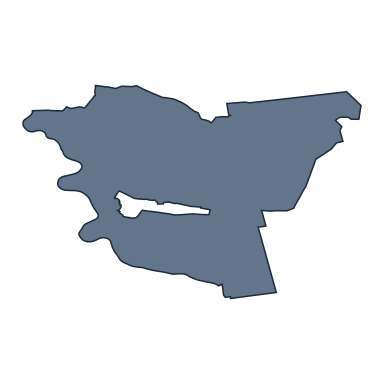 Piltenes pag., Ventspils, Latvia
{"feature_id": "27541924B30234976546427", "entity_name": "Piltenes pag.", "entity_type": "district", "adm_level": 2, "iso_a3": "LVA", "parent_name": "Latvia", "parent_adm1": "Ventspils", "projection": "natural_earth1", "projection_center": [21.694, 57.236], "detail": "fine", "context": "isolated", "style": "filled", "palette": "slate", "viewbox_px": 384, "rotation_deg": 0, "n_neighbors": 0, "source": "geoboundaries", "source_scale": "gbopen_adm2", "svg_char_len": 5698}
<svg xmlns="http://www.w3.org/2000/svg" viewBox="0 0 384 384"><path d="M197.8,280.0L205.5,281.7L208.3,282.3L211.0,282.7L214.2,283.5L215.1,283.8L215.9,284.1L217.5,285.0L218.6,285.8L219.2,285.7L219.8,285.4L219.7,285.0L220.5,284.8L221.1,284.4L222.2,284.3L222.2,286.2L222.7,286.7L222.7,288.2L222.9,288.8L223.4,294.1L223.6,294.9L223.9,295.5L225.3,297.3L230.5,296.7L230.5,298.5L249.2,296.0L276.3,292.5L275.3,288.9L262.4,242.4L260.6,236.0L259.5,232.3L258.8,229.4L258.1,227.2L265.9,226.1L262.5,213.5L261.8,210.7L261.6,210.4L265.1,210.8L270.0,211.1L275.5,210.8L286.4,210.8L287.5,210.6L289.9,209.7L293.9,208.1L294.3,206.8L296.3,203.1L299.1,198.3L303.0,191.1L302.9,191.1L305.8,186.6L315.9,159.2L326.8,152.1L331.3,149.1L336.4,143.0L342.9,141.3L339.9,130.7L341.8,126.6L336.4,121.3L336.1,121.1L335.5,120.4L338.1,118.3L340.6,117.1L348.8,117.4L350.9,119.2L358.4,119.3L358.5,119.1L359.0,119.0L359.4,115.5L361.0,105.6L360.5,105.0L346.5,91.6L346.2,91.8L342.6,92.2L280.1,99.4L249.6,102.8L245.0,102.1L226.8,103.5L228.5,113.6L228.6,113.9L228.9,114.3L230.3,115.6L228.3,115.9L227.7,117.0L225.2,116.7L222.7,116.9L222.6,116.6L217.0,117.2L216.8,117.2L216.6,117.2L215.9,117.2L213.8,120.1L213.5,120.4L211.3,122.9L208.8,121.2L208.7,121.0L208.0,120.8L207.5,120.8L206.3,120.2L204.5,119.8L203.2,119.6L201.5,119.2L200.6,117.9L200.2,117.4L198.3,113.1L198.2,113.0L196.9,112.2L196.2,112.0L194.3,111.3L193.0,110.3L190.4,108.5L189.0,107.4L187.2,105.8L181.8,102.5L180.1,101.7L179.6,101.6L175.1,99.5L173.1,98.9L165.9,97.7L162.4,97.4L155.2,94.3L154.8,94.2L152.3,93.2L146.6,90.6L143.2,89.1L136.7,85.7L132.1,86.6L121.6,86.2L115.7,88.5L111.2,87.6L110.4,87.4L109.4,87.2L108.5,87.0L107.5,86.9L105.5,86.9L104.4,86.6L95.5,85.5L95.5,86.7L95.4,88.1L95.0,90.6L94.8,91.7L95.4,95.6L94.9,95.6L94.4,95.9L94.1,96.1L93.0,97.9L84.8,107.9L79.9,106.9L79.7,106.8L74.5,107.9L71.0,108.5L66.5,106.9L63.7,110.0L62.4,110.9L49.6,110.5L49.0,110.2L32.4,110.7L32.5,111.5L32.2,113.0L31.7,113.9L31.2,114.6L29.6,116.1L27.3,117.9L24.4,120.0L23.7,120.7L23.2,122.0L23.0,123.9L23.1,124.5L23.4,125.8L23.6,126.3L24.4,127.6L26.2,129.4L27.1,130.2L28.0,130.8L29.2,131.3L30.3,131.6L31.8,131.8L32.6,131.7L33.7,131.6L35.8,131.0L36.7,130.8L38.5,130.6L39.9,130.5L40.5,130.6L42.0,130.9L43.4,131.7L44.2,132.2L45.0,133.0L45.4,133.5L45.8,134.5L46.2,136.0L46.5,136.4L46.7,136.7L48.0,137.9L48.6,138.2L49.2,138.4L52.9,139.0L53.8,139.3L54.6,139.6L57.1,141.4L58.1,142.5L58.8,143.5L59.8,145.4L60.4,146.8L61.2,149.3L61.6,149.9L62.1,150.4L62.8,151.5L63.1,152.1L63.5,153.6L63.8,154.2L64.7,155.5L65.3,156.3L67.2,157.7L68.1,158.2L69.4,158.8L72.2,159.8L76.3,161.0L77.5,161.5L79.1,162.3L80.0,162.8L80.7,163.5L81.1,164.0L81.4,164.7L81.8,165.7L82.0,166.4L81.9,167.0L81.7,168.0L80.8,169.4L79.7,170.8L78.3,172.0L77.4,172.5L76.6,172.9L74.7,173.7L71.7,174.6L66.9,175.6L64.6,176.2L63.7,176.4L62.8,176.6L61.3,177.3L60.6,177.7L59.5,178.7L58.7,179.7L58.5,180.2L58.3,180.8L57.9,182.2L57.7,183.4L57.9,184.8L58.1,185.6L58.4,186.2L58.8,186.8L59.3,187.4L59.9,188.0L61.9,189.2L64.6,190.1L65.8,190.3L71.4,190.5L72.7,190.5L73.9,190.5L77.2,190.9L79.7,191.4L80.8,191.7L84.1,193.5L84.7,193.9L86.3,195.3L87.1,195.9L88.3,197.3L89.7,199.4L90.2,200.5L91.6,203.7L92.5,205.5L94.4,208.7L97.3,212.9L98.0,214.4L98.2,215.1L98.3,215.8L98.2,216.5L98.1,217.1L97.7,217.8L97.1,218.3L95.7,219.2L93.2,220.4L86.3,223.6L85.5,224.1L84.6,224.7L83.8,225.5L83.4,226.1L82.3,227.9L81.2,229.8L80.2,231.1L79.3,232.7L79.0,233.1L78.9,233.7L78.9,234.3L79.4,235.6L79.8,236.4L80.8,237.8L82.4,239.6L83.2,240.2L83.9,240.6L85.8,241.3L87.0,241.6L88.1,241.7L89.5,241.8L90.9,241.7L92.5,241.4L93.3,241.2L95.2,240.5L99.5,238.4L100.5,238.1L101.7,237.8L103.0,237.7L104.6,237.8L106.2,238.1L107.3,238.4L108.2,238.9L109.1,239.6L109.9,240.4L110.3,240.9L110.7,242.0L112.4,247.3L113.8,250.2L114.3,251.2L115.5,253.0L117.1,255.1L119.3,258.5L120.1,259.7L121.0,260.6L121.6,261.1L123.4,262.4L126.8,263.8L130.3,265.5L132.5,266.2L133.5,266.4L135.8,266.8L138.4,267.2L142.0,267.5L143.1,267.7L146.0,268.7L147.4,269.0L154.2,270.6L163.1,272.0L165.7,272.5L169.7,273.5L173.1,274.1L173.9,274.1L177.0,273.9L179.6,273.8L182.2,273.8L183.6,273.9L184.2,274.1L185.5,274.4L186.9,275.0L187.5,275.3L189.5,276.6L190.4,277.1L193.1,278.1L195.1,279.1L196.3,279.5L197.8,280.0ZM177.3,214.9L174.2,214.9L170.5,214.1L168.7,213.8L151.4,211.4L147.9,211.1L142.6,210.3L142.1,210.4L141.9,210.7L138.4,215.2L137.4,216.5L136.8,217.1L136.3,217.5L135.0,217.9L133.3,218.1L132.0,218.1L123.4,216.6L123.0,215.4L121.8,214.4L119.9,213.0L119.6,212.7L119.3,212.3L119.2,212.0L119.2,211.9L119.8,211.6L119.2,211.0L117.8,210.4L118.6,210.2L119.2,209.8L119.4,209.7L119.8,209.0L120.0,208.9L120.2,208.5L120.3,208.1L120.5,208.0L120.8,207.7L120.9,207.3L121.1,206.6L121.1,206.4L121.1,205.9L121.1,205.6L121.2,205.4L121.1,205.1L120.6,205.0L120.5,204.9L120.2,204.8L119.9,204.9L119.7,204.6L119.8,204.3L119.7,204.2L120.0,203.7L120.0,203.4L119.7,203.0L119.1,202.8L119.1,202.6L119.3,202.4L119.2,202.3L119.4,202.2L119.5,201.9L119.3,201.5L119.6,201.3L119.5,201.2L119.3,201.0L119.2,200.8L119.2,200.7L119.4,200.4L119.3,200.2L118.7,199.8L118.4,199.3L118.0,199.0L117.3,198.7L117.2,198.6L116.8,198.5L116.2,198.4L115.6,198.2L115.1,198.3L114.7,198.5L114.5,198.2L114.6,197.5L114.6,197.4L115.0,197.1L115.2,196.8L115.2,196.5L116.6,194.4L117.5,192.9L119.2,190.9L129.8,196.1L134.0,198.3L135.7,198.6L138.4,199.0L141.6,199.1L143.9,199.4L144.4,199.4L146.4,199.2L147.5,199.4L147.4,199.5L147.8,199.7L149.8,200.1L151.8,200.3L154.8,200.1L157.3,202.3L157.6,204.0L161.9,204.0L162.1,203.9L163.2,203.9L163.8,202.5L169.3,202.0L169.4,202.3L175.3,203.6L176.7,203.3L191.0,206.4L201.0,207.1L200.7,208.0L210.1,209.8L209.0,214.6L206.8,214.7L201.4,214.5L194.4,214.0L192.5,213.9L189.3,214.1L183.1,214.6L177.3,214.9Z" fill="#64748b" stroke="#1e293b" stroke-width="1.5"/></svg>